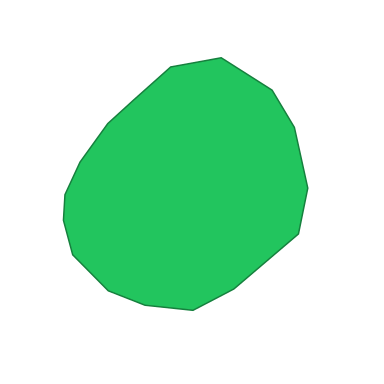 Lukalaba, Kasaï-Oriental, Democratic Republic of the Congo (Equal Earth projection), rotated 220°
{"feature_id": "63176286B63969135863157", "entity_name": "Lukalaba", "entity_type": "district", "adm_level": 2, "iso_a3": "COD", "parent_name": "Democratic Republic of the Congo", "parent_adm1": "Kasaï-Oriental", "projection": "equal_earth", "projection_center": [23.657, -6.482], "detail": "fine", "context": "isolated", "style": "filled", "palette": "green", "viewbox_px": 384, "rotation_deg": 220, "n_neighbors": 0, "source": "geoboundaries", "source_scale": "gbopen_adm2", "svg_char_len": 368}
<svg xmlns="http://www.w3.org/2000/svg" viewBox="0 0 384 384"><g transform="rotate(220 192 192)"><path d="M155.1,75.1L115.2,102.0L97.6,144.6L83.5,228.3L105.8,269.4L155.1,307.3L196.1,321.5L255.9,313.6L288.7,274.1L295.8,225.2L300.5,190.4L297.0,143.0L287.6,108.3L272.3,87.7L243.0,67.2L192.6,62.5L155.1,75.1Z" fill="#22c55e" stroke="#15803d" stroke-width="1.5"/></g></svg>